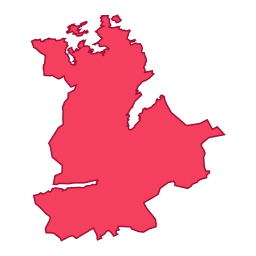 outline of Hemne nor, Sør-Trøndelag, Norway
{"feature_id": "86288312B71092976212534", "entity_name": "Hemne nor", "entity_type": "district", "adm_level": 2, "iso_a3": "NOR", "parent_name": "Norway", "parent_adm1": "Sør-Trøndelag", "projection": "albers", "projection_center": [8.977, 63.29], "detail": "fine", "context": "isolated", "style": "filled", "palette": "rose", "viewbox_px": 256, "rotation_deg": 0, "n_neighbors": 0, "source": "geoboundaries", "source_scale": "gbopen_adm2", "svg_char_len": 5526}
<svg xmlns="http://www.w3.org/2000/svg" viewBox="0 0 256 256"><path d="M53.4,184.3L56.4,184.5L59.5,183.4L68.9,183.7L73.5,182.9L84.2,182.8L97.0,179.9L98.0,180.5L96.6,181.8L96.4,182.9L97.2,183.4L96.6,184.6L92.7,184.5L90.3,185.6L86.0,186.0L83.7,188.0L79.9,187.4L67.3,188.0L66.5,189.4L62.7,190.7L63.0,189.4L62.2,189.0L55.6,187.9L52.6,188.6L51.8,189.4L51.7,190.8L50.4,191.8L49.2,191.8L48.6,191.0L44.2,193.7L41.8,193.7L40.7,192.8L38.3,194.6L33.7,195.5L35.5,203.6L39.5,206.8L46.1,213.8L49.5,216.1L50.3,217.6L49.4,220.8L45.4,228.5L46.1,232.7L53.7,233.1L60.4,238.2L61.4,240.6L69.1,236.6L72.7,235.6L76.2,238.4L93.3,228.1L96.4,233.9L97.2,236.2L97.2,238.9L97.6,239.8L101.6,238.0L100.6,236.4L104.7,233.9L106.4,231.3L108.8,230.5L111.5,232.8L113.7,236.1L117.6,234.2L116.1,233.1L116.2,230.5L119.1,229.9L117.7,227.1L119.4,226.3L130.7,226.9L131.6,228.9L138.6,231.5L143.6,232.1L149.0,228.9L156.0,226.7L156.1,223.4L155.3,219.1L146.5,208.1L143.7,202.8L158.2,194.2L160.1,188.3L168.3,182.4L173.8,181.4L175.1,183.4L174.9,185.4L187.7,188.4L191.6,185.7L192.0,184.4L197.4,182.1L197.9,181.0L200.1,179.5L206.6,177.6L206.5,175.2L209.5,172.7L209.3,171.1L205.9,171.1L204.5,167.7L204.2,166.4L203.6,157.2L205.0,153.4L203.9,150.1L201.3,146.1L201.6,145.1L201.2,144.0L208.7,137.6L224.4,134.6L217.2,126.8L212.4,129.4L207.2,119.8L200.0,123.5L186.6,125.6L171.3,112.6L166.8,104.7L164.8,100.1L164.1,96.6L162.9,97.0L162.8,95.6L162.4,95.2L160.6,95.7L159.9,97.3L160.7,98.3L159.9,99.6L157.7,100.0L157.3,99.0L156.8,99.3L155.6,103.6L153.5,104.8L151.7,107.0L145.2,110.0L146.5,108.9L145.1,108.1L143.0,109.3L142.2,113.0L139.9,113.6L138.6,115.6L139.5,116.0L139.1,116.1L139.3,116.9L140.2,117.7L139.1,118.9L139.9,119.4L140.0,120.2L134.8,125.7L134.6,127.0L131.3,129.6L128.9,129.6L128.4,127.5L128.6,126.3L127.8,126.0L128.6,125.7L127.8,125.1L128.4,124.0L127.4,123.3L127.7,122.4L127.4,122.1L127.5,121.1L128.8,119.8L127.4,119.1L129.3,116.3L129.2,115.6L128.8,114.6L126.2,115.7L126.8,115.0L126.4,114.6L128.4,112.8L130.3,109.1L132.6,107.0L132.7,105.9L135.0,101.1L141.5,95.0L140.9,93.2L139.2,93.3L139.5,92.5L136.2,94.2L136.5,92.7L138.1,91.0L137.8,90.3L136.3,90.9L136.4,89.5L137.1,88.7L137.8,86.6L142.5,81.5L145.8,80.4L149.4,78.0L153.8,73.9L152.1,72.9L152.3,70.8L146.3,72.1L147.2,71.2L146.0,72.4L144.6,72.4L145.1,70.8L144.6,68.8L143.8,67.7L144.1,66.4L145.3,64.7L145.1,64.0L146.4,61.0L145.9,57.7L144.8,55.8L144.2,52.8L142.5,53.0L141.6,51.7L142.2,48.4L141.7,46.1L140.1,43.7L138.2,44.1L135.9,43.2L131.1,44.9L129.9,43.2L130.1,42.1L134.3,41.7L134.8,40.9L134.7,40.3L135.3,40.1L134.8,39.6L130.7,41.0L127.2,39.1L127.0,37.9L128.3,34.9L128.2,33.7L130.0,31.1L129.6,30.1L126.3,31.1L124.1,30.1L122.3,30.7L121.3,29.2L119.5,29.5L118.7,28.8L119.5,26.7L117.4,27.4L117.6,26.8L113.1,27.8L109.2,27.5L109.0,26.9L110.2,26.0L110.6,24.5L109.3,23.4L109.6,22.4L109.3,19.0L107.6,17.3L108.1,15.7L101.9,15.8L101.5,16.2L102.1,17.0L100.6,17.7L101.7,19.7L100.9,21.4L102.9,22.0L100.7,25.6L101.5,26.2L103.3,26.0L103.6,26.0L103.8,26.1L100.4,27.6L96.1,31.5L95.0,31.4L96.9,32.4L98.3,34.0L98.1,34.8L98.8,34.9L100.6,37.3L101.8,37.5L102.1,38.6L97.5,42.6L93.6,44.4L95.0,44.7L96.5,43.4L98.6,43.5L99.4,44.3L99.2,46.0L100.2,46.6L105.0,45.8L108.9,48.7L108.5,49.5L106.1,49.0L103.9,50.3L104.8,51.8L104.7,52.6L103.5,51.3L102.3,51.5L102.5,53.0L103.6,54.8L103.5,55.4L102.7,55.1L102.4,53.6L101.0,51.9L99.6,52.7L97.3,52.1L96.1,53.6L95.5,53.2L92.7,54.1L91.0,53.5L92.6,51.5L88.4,52.4L88.8,51.3L93.5,49.4L91.8,49.2L89.8,50.1L89.9,48.4L89.0,46.4L87.2,45.9L83.4,46.5L84.0,44.7L83.7,44.4L83.9,43.2L85.1,40.7L83.1,41.8L83.0,41.1L83.8,40.3L83.6,40.2L80.0,42.0L80.4,42.4L78.6,43.7L78.6,44.6L78.0,45.3L78.4,47.6L80.6,48.1L79.3,49.6L77.0,50.6L77.2,49.2L76.3,48.8L74.4,52.1L73.3,52.8L72.9,52.6L73.3,52.1L73.2,50.9L71.9,49.3L71.7,47.6L69.1,48.6L67.7,50.1L69.4,51.1L68.9,52.5L70.3,53.1L70.2,53.6L73.8,56.5L74.0,57.1L73.8,57.7L75.0,58.0L74.5,59.4L75.0,60.0L73.3,61.4L76.2,61.5L74.8,62.9L75.3,63.2L74.4,64.3L75.1,64.4L74.1,65.2L70.9,64.0L70.8,62.8L68.8,60.8L69.2,58.6L68.4,56.5L67.7,56.1L67.8,54.2L66.0,54.4L65.9,53.5L65.2,52.7L65.6,48.6L67.8,45.7L67.0,45.3L67.3,44.5L66.9,44.3L67.1,42.5L64.4,41.6L64.3,39.2L65.0,38.7L62.6,38.5L60.8,40.0L55.9,40.7L55.3,39.2L51.3,39.1L49.0,38.2L48.1,38.6L49.0,39.0L44.9,39.8L44.1,40.5L44.4,41.0L42.2,42.0L43.5,41.0L40.7,41.5L40.5,40.4L39.9,40.0L40.8,39.0L37.7,40.1L35.9,39.7L36.2,40.3L34.6,39.9L31.6,41.3L33.8,47.4L35.8,48.4L40.5,52.7L45.4,55.5L44.7,63.5L43.8,64.6L43.4,66.6L43.5,67.7L43.2,68.2L44.0,71.1L44.1,75.3L50.6,75.8L51.9,75.1L58.4,78.9L60.7,78.2L64.0,75.9L65.2,79.9L70.9,87.0L76.4,85.0L74.5,90.0L68.2,93.3L68.1,98.1L64.6,102.1L62.5,107.4L63.2,111.1L62.9,118.7L63.3,124.4L58.5,127.7L48.8,143.1L50.4,146.7L52.3,157.1L62.3,165.5L62.0,172.9L55.0,175.8L53.4,184.3ZM86.6,21.6L82.1,23.1L80.6,24.1L81.2,24.8L79.6,25.8L76.2,26.3L75.1,26.0L74.9,25.3L73.0,25.6L73.9,24.3L71.5,24.7L70.5,26.0L69.5,25.9L69.7,25.6L69.4,25.8L69.6,26.4L67.3,27.3L70.1,26.9L68.8,28.7L70.0,29.1L69.1,29.5L69.2,30.3L68.3,30.7L68.5,30.9L66.3,31.8L68.1,31.8L66.9,32.6L67.5,33.0L67.1,33.4L72.3,31.5L73.8,32.3L73.8,33.0L73.1,33.9L76.1,33.9L75.7,34.7L77.1,35.2L77.4,36.1L81.8,35.5L83.4,33.0L84.4,32.5L86.2,33.3L87.9,32.0L86.5,31.5L87.2,31.1L87.0,30.5L85.2,31.7L84.3,30.7L82.8,32.7L82.0,32.3L79.5,33.4L78.6,32.7L78.9,32.0L78.4,31.3L80.1,29.5L77.5,30.2L78.1,28.1L79.4,27.5L79.9,26.4L81.4,26.4L82.1,25.1L84.7,24.4L86.8,22.6L86.6,21.6ZM117.7,15.4L113.2,16.8L111.7,19.0L112.7,20.2L115.3,20.6L116.3,22.6L118.4,22.2L120.7,20.7L120.9,19.4L119.6,19.1L119.0,18.4L119.1,17.3L118.5,16.8L117.5,16.9L117.7,15.4Z" fill="#f43f5e" stroke="#9f1239" stroke-width="1.5"/></svg>